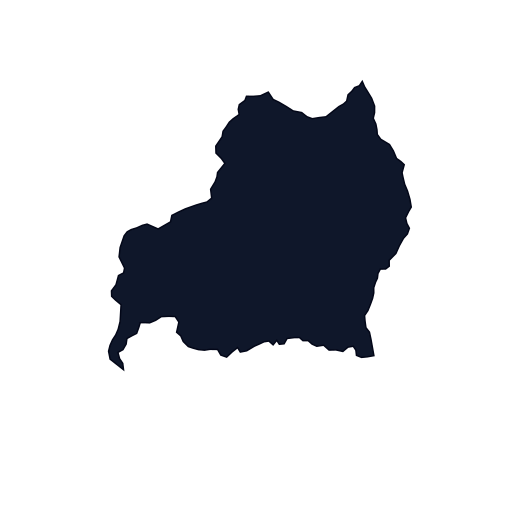 the district of Nova Independência, São Paulo, Brazil, rotated 331°
{"feature_id": "56859067B6334464866649", "entity_name": "Nova Independência", "entity_type": "district", "adm_level": 2, "iso_a3": "BRA", "parent_name": "Brazil", "parent_adm1": "São Paulo", "projection": "orthographic", "projection_center": [-51.514, -21.141], "detail": "fine", "context": "isolated", "style": "filled", "palette": "ink", "viewbox_px": 512, "rotation_deg": 331, "n_neighbors": 0, "source": "geoboundaries", "source_scale": "gbopen_adm2", "svg_char_len": 2283}
<svg xmlns="http://www.w3.org/2000/svg" viewBox="0 0 512 512"><g transform="rotate(331 256 256)"><path d="M325.1,111.7L321.7,114.6L314.8,115.5L311.6,119.1L309.9,124.1L302.4,124.9L297.6,126.0L292.3,128.8L287.7,130.9L284.2,135.3L274.1,140.4L270.9,146.6L273.0,153.9L273.7,159.9L262.9,164.3L260.2,167.9L256.1,171.4L248.7,175.6L245.3,183.9L239.3,185.0L234.3,183.7L228.3,182.4L217.0,180.5L209.7,180.0L202.1,179.7L197.8,184.7L183.5,184.9L176.2,175.3L171.5,174.1L165.4,173.6L159.7,172.4L155.1,172.4L150.5,174.4L141.3,182.7L135.8,190.4L135.2,202.8L132.0,206.6L126.3,206.4L119.6,213.3L112.7,216.4L110.2,221.3L111.8,226.5L114.4,233.2L105.4,247.4L99.9,253.3L95.1,257.0L89.8,259.8L85.0,263.4L80.9,267.8L78.4,275.5L85.0,291.2L87.4,285.3L86.9,279.7L88.5,273.4L94.2,273.4L99.7,270.1L103.1,265.6L109.0,265.6L114.1,265.8L118.7,261.8L122.4,258.2L126.5,260.4L130.6,262.9L137.1,263.6L143.7,263.1L150.6,266.5L156.0,269.8L156.5,276.4L152.8,280.6L149.6,284.2L151.5,289.4L150.9,295.5L152.9,302.4L156.3,306.1L160.3,310.0L165.3,313.4L170.5,315.3L177.1,319.1L177.2,325.6L181.3,330.2L188.7,328.3L195.5,327.2L195.7,332.4L201.9,334.4L210.9,334.1L216.4,334.6L221.4,334.9L226.0,336.6L227.9,342.0L233.3,339.8L233.6,344.5L238.0,346.4L243.2,343.2L250.1,346.0L254.5,348.4L256.0,352.8L260.6,355.3L262.3,360.2L265.4,364.4L271.9,366.8L274.3,373.7L280.4,376.9L285.7,381.6L292.3,380.3L297.3,382.1L297.7,386.8L295.7,391.6L299.1,395.8L304.4,398.1L310.8,400.3L316.1,384.8L318.3,377.6L317.4,372.0L319.8,365.8L322.1,360.7L327.4,358.0L332.8,353.6L337.4,349.6L341.1,345.4L343.6,340.8L347.9,336.8L351.4,334.3L354.2,330.4L358.4,327.7L363.1,330.2L367.6,329.5L370.4,324.3L379.6,321.6L386.5,316.4L393.6,312.0L399.1,310.1L403.6,306.1L403.7,300.7L405.3,295.1L411.2,291.0L415.5,288.5L418.1,281.1L420.0,272.7L420.8,265.3L422.7,258.5L424.1,254.0L429.9,248.0L428.5,243.6L426.2,238.8L427.1,230.7L426.8,223.2L421.7,214.4L421.0,208.5L423.0,204.2L424.8,198.7L425.3,192.4L429.2,188.1L432.4,182.4L433.6,174.1L433.3,166.7L433.0,160.6L433.6,154.8L428.9,157.2L423.9,156.5L419.6,158.4L414.7,159.6L410.4,164.5L406.2,165.5L401.0,165.5L384.7,168.2L378.7,165.7L371.8,163.2L368.0,158.8L365.5,152.7L358.8,147.1L355.1,140.2L350.6,132.6L346.9,127.4L346.2,118.6L337.5,118.0L331.1,115.1L325.1,111.7Z" fill="#0f172a" stroke="#020617" stroke-width="1.5"/></g></svg>